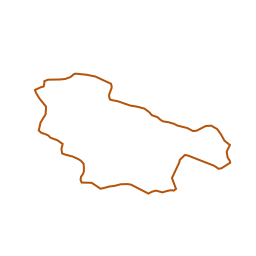 map outline of Afyonkarahisar (Robinson projection), rotated 237°
{"feature_id": "TUR-2272", "entity_name": "Afyonkarahisar", "entity_type": "Province", "adm_level": 1, "iso_a3": "TUR", "parent_name": "Turkey", "parent_adm1": "", "projection": "robinson", "projection_center": [30.622, 38.521], "detail": "fine", "context": "isolated", "style": "outline", "palette": "amber", "viewbox_px": 256, "rotation_deg": 237, "n_neighbors": 0, "source": "natural_earth", "source_scale": "10m", "svg_char_len": 1331}
<svg xmlns="http://www.w3.org/2000/svg" viewBox="0 0 256 256"><g transform="rotate(237 128 128)"><path d="M61.9,109.4L79.0,99.6L81.4,96.8L84.7,91.4L87.0,84.7L89.1,80.5L90.5,76.0L92.0,71.9L101.8,67.7L107.5,59.4L110.4,60.0L112.7,62.1L114.0,65.3L115.9,67.6L117.3,68.4L118.6,69.3L122.2,71.3L126.1,70.7L129.0,69.4L134.4,65.9L139.6,61.1L142.5,58.9L146.6,60.7L150.2,64.5L156.2,62.1L162.1,57.7L165.3,57.0L168.2,55.1L171.1,52.7L174.5,51.8L180.2,57.6L184.4,66.4L190.5,70.9L201.1,69.8L207.5,70.0L210.6,70.7L209.6,77.4L209.1,78.7L208.8,80.0L211.3,82.4L212.8,83.3L212.1,87.2L205.9,97.1L203.4,101.8L202.1,107.2L202.2,109.2L202.6,111.1L202.3,113.4L195.2,122.3L188.9,128.7L174.4,137.8L172.3,137.2L170.5,136.1L166.8,131.0L165.3,129.7L163.6,128.8L161.6,128.5L160.0,129.9L155.9,134.1L145.7,142.0L140.6,147.6L135.4,152.3L129.2,154.6L127.3,154.7L125.6,155.1L120.9,158.7L117.7,159.5L114.7,160.8L110.7,165.2L106.4,168.9L103.2,170.7L95.7,177.7L90.1,180.8L88.4,183.9L87.3,194.3L84.6,199.1L78.6,202.2L72.2,202.5L64.8,202.0L58.2,204.2L54.5,198.0L53.5,197.4L52.3,197.0L50.1,195.9L48.9,195.5L45.2,195.5L43.2,194.8L43.3,184.6L44.5,181.7L47.2,180.7L49.8,179.4L72.1,163.4L74.4,161.0L73.1,154.3L70.9,151.8L62.1,137.6L50.8,135.1L50.6,132.3L52.5,130.0L54.1,125.9L55.2,121.9L60.3,117.3L61.5,113.5L61.9,109.4Z" fill="none" stroke="#b45309" stroke-width="2"/></g></svg>